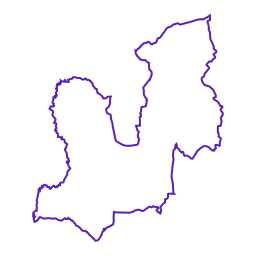 Hon Quan, Bình Phước, Vietnam (Equal Earth projection)
{"feature_id": "81297802B26799209243085", "entity_name": "Hon Quan", "entity_type": "district", "adm_level": 2, "iso_a3": "VNM", "parent_name": "Vietnam", "parent_adm1": "Bình Phước", "projection": "equal_earth", "projection_center": [106.554, 11.627], "detail": "fine", "context": "isolated", "style": "outline", "palette": "violet", "viewbox_px": 256, "rotation_deg": 0, "n_neighbors": 0, "source": "geoboundaries", "source_scale": "gbopen_adm2", "svg_char_len": 5731}
<svg xmlns="http://www.w3.org/2000/svg" viewBox="0 0 256 256"><path d="M73.2,77.2L72.0,78.8L69.9,79.0L69.5,79.5L68.1,79.8L68.7,81.8L67.0,82.0L65.5,81.0L64.9,79.9L64.6,80.2L64.7,81.7L64.4,81.8L63.6,81.4L61.8,81.5L60.8,80.6L60.9,82.3L60.3,84.1L59.8,84.0L59.1,82.9L58.7,83.4L58.5,85.1L58.1,85.0L57.6,84.1L57.0,84.2L56.7,85.4L57.1,88.2L56.2,88.3L56.1,88.5L56.2,89.2L57.0,90.2L57.1,90.7L56.0,92.5L55.9,93.1L56.8,95.4L56.6,95.8L55.2,95.8L55.7,96.9L55.5,97.6L54.4,97.0L53.3,97.3L53.5,99.4L52.4,102.5L52.9,103.2L53.8,103.6L53.5,104.6L54.2,105.5L53.8,106.2L53.3,106.5L50.6,106.4L50.1,108.1L49.6,108.6L50.3,109.4L52.7,110.8L53.1,111.8L53.1,112.5L52.3,114.9L53.9,117.3L55.5,118.9L55.2,120.6L54.1,122.9L56.2,123.5L56.3,124.3L55.8,126.2L56.5,127.9L55.0,129.9L55.4,130.8L56.4,130.8L56.6,132.9L57.5,133.3L57.8,133.7L58.2,135.8L57.9,136.9L59.7,137.0L61.1,137.8L62.0,137.1L62.1,137.5L61.4,138.7L61.5,139.3L61.9,139.5L63.1,139.2L64.5,139.9L64.7,142.2L67.1,144.1L65.7,148.5L65.1,148.7L65.1,150.1L66.8,153.4L67.2,157.8L68.5,158.7L68.5,159.9L69.2,161.2L68.5,162.1L67.6,161.4L66.9,161.5L66.7,162.4L67.8,163.6L69.2,167.1L69.9,167.7L70.2,168.6L67.5,171.5L67.1,174.7L64.1,179.9L63.6,182.0L63.1,182.5L60.9,182.6L60.2,183.0L59.9,183.5L60.1,185.2L58.7,185.0L57.4,186.9L56.9,186.3L55.8,187.3L55.0,187.0L54.2,185.9L53.7,185.7L52.9,186.2L50.5,188.7L50.1,188.8L49.6,188.6L49.1,187.0L47.2,186.9L46.6,185.4L45.6,185.4L44.8,184.8L44.3,184.8L43.7,185.3L43.0,186.9L42.5,186.7L42.4,185.8L41.9,186.0L41.6,186.8L41.8,188.0L41.6,188.4L39.8,188.1L39.9,190.1L39.1,189.3L38.6,189.5L38.8,192.4L38.2,193.1L37.7,196.6L36.7,200.1L37.3,202.6L36.5,204.2L36.7,205.8L36.6,206.8L37.0,207.9L36.5,209.0L36.9,210.6L35.4,210.8L33.2,212.8L33.3,213.4L34.2,214.3L34.1,214.7L33.2,215.0L33.2,216.3L35.0,216.5L34.7,217.2L33.6,218.3L34.5,221.8L36.7,221.0L38.3,219.3L39.4,217.4L40.2,217.1L43.6,218.6L47.8,218.2L49.8,218.2L50.9,218.6L55.9,218.5L58.5,220.1L61.6,220.6L62.5,220.2L62.8,219.7L65.0,218.2L65.4,218.3L65.9,219.0L67.1,218.9L68.4,218.0L68.6,218.8L70.4,219.3L71.3,220.4L72.6,220.6L74.3,223.0L75.1,223.6L76.0,225.4L78.0,226.3L81.1,228.9L81.7,230.3L83.5,230.9L85.4,230.8L86.0,231.7L87.2,232.0L87.7,233.0L88.5,233.5L89.2,234.8L90.1,235.3L92.7,238.0L93.9,238.8L95.2,240.6L97.4,240.5L98.4,239.8L100.6,236.6L102.1,233.5L102.5,231.9L103.4,230.9L103.7,228.8L104.1,228.8L104.7,230.0L106.7,227.6L109.4,226.6L113.2,224.2L113.8,220.3L113.6,217.2L113.9,212.0L116.1,212.4L129.5,212.7L133.0,211.8L134.3,210.7L138.4,209.6L142.3,211.0L143.4,210.8L149.2,206.7L151.8,207.4L153.2,206.2L154.9,206.9L158.1,207.2L158.2,207.9L158.0,208.5L156.6,209.8L156.5,210.4L157.3,211.0L157.8,212.0L159.3,212.3L159.6,213.2L160.3,213.5L161.0,211.7L161.1,210.1L160.4,208.1L160.6,206.8L163.1,203.8L164.9,202.5L165.1,202.0L165.0,199.5L167.0,198.6L167.9,197.5L168.1,194.0L168.6,193.7L174.1,193.8L173.3,192.9L173.3,192.4L173.4,190.9L173.1,189.4L173.0,185.0L171.5,176.4L172.7,164.4L173.5,160.1L173.5,158.7L173.1,157.3L173.0,156.0L173.4,150.9L173.7,149.9L175.0,149.0L175.5,145.0L176.4,144.0L176.8,145.4L176.9,147.4L179.2,149.6L179.8,151.0L180.7,151.4L181.3,152.3L181.7,152.5L182.7,151.9L183.2,152.1L184.0,155.1L184.7,155.9L186.9,155.5L188.9,156.5L190.9,158.5L192.6,158.6L197.6,150.6L201.3,147.6L202.0,147.4L203.9,146.0L206.1,146.2L208.5,147.0L209.4,147.7L210.3,149.0L213.1,150.7L214.4,150.5L214.3,149.4L215.9,148.2L215.4,146.0L215.6,144.9L217.4,144.9L219.4,145.9L219.9,145.1L219.7,142.4L221.0,138.9L220.7,138.1L218.6,136.5L218.7,133.5L217.8,131.9L217.8,130.8L217.9,126.3L218.5,125.9L220.0,126.0L220.8,125.5L221.5,121.3L220.9,117.4L222.0,116.1L222.8,114.7L222.8,114.0L222.5,112.4L221.4,111.4L220.6,110.0L221.0,108.6L222.4,107.4L222.3,106.7L221.7,106.1L220.2,105.9L219.3,103.9L217.6,101.6L214.7,99.9L213.6,98.8L213.5,98.2L213.7,97.7L215.7,97.1L215.9,95.6L213.3,89.9L209.3,86.4L205.4,85.3L204.0,84.5L202.1,81.3L201.6,79.0L202.0,77.6L204.0,76.4L205.0,73.0L206.7,71.4L208.9,68.5L208.9,67.5L208.6,66.8L206.6,65.4L206.6,64.4L209.2,61.4L211.7,61.5L212.7,59.5L214.9,58.0L215.0,56.7L213.6,54.5L214.0,53.8L215.6,52.9L216.4,51.7L216.2,50.7L213.9,49.0L213.6,48.2L213.8,46.3L210.6,39.5L210.2,38.0L210.2,34.9L209.9,32.1L208.7,29.6L208.9,27.6L208.2,24.0L207.6,22.4L207.6,21.3L208.2,20.6L209.8,20.2L210.0,19.1L209.9,15.4L206.5,17.7L202.9,19.4L202.0,19.5L201.3,19.1L197.3,19.7L191.5,21.6L180.1,24.6L178.1,23.4L176.9,23.4L174.9,24.3L173.7,24.3L170.6,26.7L167.8,27.5L166.1,28.9L164.8,31.3L163.2,33.1L160.6,37.0L159.4,38.1L158.0,38.2L157.5,38.9L156.5,41.7L155.3,43.0L153.9,43.1L152.3,44.3L151.2,44.3L150.1,42.8L148.5,41.8L147.6,41.9L146.6,42.8L144.0,43.2L140.9,45.9L140.2,47.3L139.4,47.5L139.0,48.2L137.3,49.3L136.7,50.4L135.8,50.8L135.5,50.6L135.8,53.9L136.9,55.1L137.2,56.1L137.6,56.2L140.2,59.4L143.4,60.3L144.9,59.9L148.0,62.5L149.1,63.1L148.9,65.5L149.3,69.2L149.5,69.7L151.4,71.4L151.7,73.5L151.7,74.6L149.7,80.1L149.1,80.1L143.4,87.4L143.4,88.6L143.9,90.7L143.8,93.8L144.1,95.1L144.8,96.6L146.6,98.8L146.6,100.1L147.0,100.2L147.0,100.5L146.2,103.7L146.1,105.9L144.1,106.8L142.4,106.8L141.3,107.6L141.0,111.5L140.3,113.0L140.3,113.8L140.9,114.1L140.9,116.4L139.9,116.8L139.8,117.8L140.0,125.6L136.0,125.8L137.4,130.4L138.9,131.9L138.1,133.7L137.8,136.0L138.0,137.1L139.2,139.4L139.1,139.8L138.5,141.3L138.4,143.0L137.4,144.7L130.0,145.8L126.4,145.8L122.8,145.0L116.6,141.4L115.7,140.5L112.8,126.6L112.2,122.5L111.1,119.2L110.7,114.9L106.8,112.8L106.3,110.5L106.2,108.9L108.3,107.2L109.1,106.0L109.7,104.5L110.0,103.2L110.3,97.7L110.8,96.6L107.8,96.7L105.6,98.4L103.5,98.5L103.1,98.3L102.8,97.0L100.2,94.4L97.5,92.9L96.6,88.9L95.3,88.7L94.3,87.1L93.1,86.1L92.5,83.4L90.6,81.6L90.5,80.9L90.0,80.5L88.6,79.9L87.3,80.1L85.6,78.5L83.9,79.5L83.1,79.5L82.0,79.4L80.2,78.0L78.3,78.1L74.9,77.2L73.2,77.2Z" fill="none" stroke="#5b21b6" stroke-width="2"/></svg>